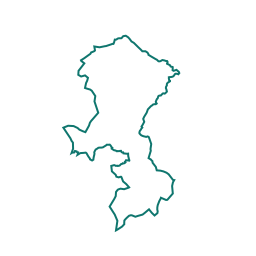 outline of Kafur, Katsina, Nigeria, rotated 320°
{"feature_id": "59680162B10083289652159", "entity_name": "Kafur", "entity_type": "district", "adm_level": 2, "iso_a3": "NGA", "parent_name": "Nigeria", "parent_adm1": "Katsina", "projection": "orthographic", "projection_center": [7.693, 11.624], "detail": "fine", "context": "isolated", "style": "outline", "palette": "teal", "viewbox_px": 256, "rotation_deg": 320, "n_neighbors": 0, "source": "geoboundaries", "source_scale": "gbopen_adm2", "svg_char_len": 4503}
<svg xmlns="http://www.w3.org/2000/svg" viewBox="0 0 256 256"><g transform="rotate(320 128 128)"><path d="M129.9,197.6L129.1,196.7L129.1,196.3L129.4,189.5L129.2,188.8L128.8,187.1L127.8,185.1L127.1,183.8L126.7,183.3L125.5,181.6L122.8,178.9L124.3,175.7L124.5,170.5L125.4,169.0L125.2,167.7L125.3,166.9L125.1,166.4L124.8,165.5L124.4,164.3L130.8,160.1L131.7,158.6L135.5,155.2L137.5,150.0L137.6,149.8L138.1,148.0L137.5,147.0L136.2,146.5L135.5,145.5L134.8,144.6L134.0,143.3L133.4,141.9L133.3,140.0L133.3,139.5L134.0,138.6L135.3,137.8L136.9,137.5L138.0,137.0L139.2,136.9L139.3,135.6L141.5,134.9L144.4,133.7L145.5,130.8L147.6,129.8L152.1,128.3L155.2,126.5L159.6,126.0L161.1,126.2L162.2,126.1L163.3,126.6L163.9,127.0L164.5,127.6L165.7,127.7L165.8,127.2L165.8,126.5L166.1,125.8L167.3,125.1L168.7,124.4L169.7,124.4L170.7,123.7L171.6,123.2L172.0,123.1L172.8,123.3L174.0,124.2L176.8,123.9L177.6,124.4L177.9,125.0L178.2,125.2L178.3,125.3L179.5,125.3L180.9,125.2L181.4,124.9L181.7,124.0L182.2,123.2L182.4,122.5L182.7,121.7L183.8,120.8L185.1,120.4L185.4,120.1L185.9,119.4L186.6,119.0L187.3,118.9L188.3,118.9L189.2,119.1L190.2,119.2L190.5,118.8L190.1,118.3L190.2,117.8L190.6,117.3L190.9,116.8L191.2,116.2L191.6,115.8L191.9,115.4L192.2,115.6L192.5,115.7L192.9,116.0L193.5,116.5L194.8,117.2L195.8,117.5L197.0,117.4L198.4,116.9L199.3,117.0L199.9,117.5L200.7,118.4L201.1,119.2L202.6,118.9L203.0,117.6L202.5,114.6L199.7,113.5L199.3,112.4L201.1,110.5L201.4,109.9L201.0,109.5L200.2,108.3L200.5,106.8L199.9,105.4L199.2,104.0L199.5,103.5L200.2,103.4L200.8,102.8L201.0,101.9L200.4,101.3L199.9,100.7L199.5,99.9L198.1,98.1L197.4,97.9L196.0,97.7L195.3,97.4L194.4,96.7L194.2,96.3L194.0,94.2L193.5,93.1L191.9,88.6L191.3,86.8L190.7,85.1L191.2,84.3L191.4,82.7L190.7,80.4L188.3,78.4L188.2,76.2L187.8,72.9L187.2,66.5L186.3,64.0L186.5,60.7L186.4,58.5L185.6,55.9L183.4,54.6L181.9,54.8L181.0,55.0L180.5,54.9L178.9,53.6L178.5,53.3L178.0,53.0L176.9,52.8L176.1,52.8L175.3,52.4L174.7,51.8L174.3,52.1L173.3,52.8L172.2,53.6L170.9,54.2L170.3,53.6L169.1,53.2L163.8,51.1L162.9,50.5L158.1,47.9L154.6,43.9L152.6,47.3L151.8,47.5L149.6,46.9L148.4,46.4L146.8,47.0L144.6,46.8L139.2,46.4L135.5,45.9L135.4,46.2L135.3,46.5L136.1,50.4L126.9,52.4L124.1,55.3L124.5,56.5L125.2,58.4L126.7,59.1L128.9,60.1L129.6,63.8L127.2,65.5L124.8,66.6L120.8,69.7L121.5,70.9L123.7,74.2L124.2,76.2L123.5,82.5L119.4,86.1L115.0,97.2L107.0,98.5L104.3,98.9L102.2,99.5L99.7,101.1L96.1,102.5L92.7,103.8L91.3,101.4L89.7,98.0L89.4,95.6L87.6,91.6L83.6,87.8L78.7,86.2L78.2,90.5L77.3,98.8L76.5,101.6L76.5,102.2L76.4,103.8L72.6,108.6L68.7,110.9L69.4,111.0L70.0,111.4L70.7,111.9L71.2,112.2L72.6,111.5L73.6,112.9L73.5,113.1L73.5,113.3L73.5,113.7L73.4,113.7L73.4,113.9L73.6,114.1L74.1,114.6L73.6,115.1L73.3,115.4L72.1,116.1L74.9,116.5L75.5,116.7L76.5,117.4L77.4,118.1L79.8,119.7L80.0,120.7L79.4,123.8L79.3,124.7L79.2,125.9L79.2,126.3L79.1,127.1L79.0,127.3L78.8,127.7L79.6,129.8L81.1,130.0L81.9,129.2L83.6,127.8L84.9,126.9L85.9,126.0L86.4,125.1L87.1,124.6L89.4,123.7L91.0,124.0L92.6,124.1L93.7,124.8L95.1,126.0L96.4,126.7L97.9,126.9L99.8,127.2L101.1,127.2L101.9,128.0L103.3,129.0L103.4,130.0L103.3,131.2L103.1,131.6L103.1,132.4L103.3,133.0L103.1,133.1L102.5,133.1L102.2,133.3L102.5,134.2L102.7,135.0L103.1,136.2L103.5,136.6L103.9,137.1L104.2,137.8L104.5,138.2L104.6,138.8L105.4,139.1L105.9,139.7L106.4,140.1L107.0,140.3L107.4,140.5L107.6,141.1L107.9,141.2L107.6,141.9L107.7,142.7L108.3,143.4L108.6,143.6L108.2,144.5L110.8,147.2L111.6,147.7L110.1,149.7L109.9,150.1L109.6,150.8L109.2,151.5L108.7,152.5L108.3,153.6L108.0,153.8L107.1,152.8L106.2,151.8L105.7,151.4L104.7,151.9L104.4,152.0L104.0,151.9L103.9,152.2L103.9,152.7L102.9,152.7L101.9,152.4L101.3,151.6L100.4,151.7L99.5,151.2L98.5,151.3L97.5,151.4L96.8,151.1L95.7,150.5L95.5,149.9L94.4,149.3L93.9,148.1L93.5,147.5L91.7,146.7L90.8,146.3L87.8,150.9L88.5,155.9L87.8,157.8L89.1,159.8L90.5,160.4L91.3,160.8L91.4,161.0L91.4,161.4L89.9,165.8L90.6,169.8L90.7,174.2L90.1,174.1L85.7,172.4L84.9,171.5L83.3,169.7L81.9,169.1L80.5,168.7L77.7,169.3L74.8,172.3L71.9,173.5L63.4,176.4L62.2,185.8L60.2,192.3L53.0,198.7L54.4,199.0L60.0,199.7L63.3,199.3L63.9,198.5L65.8,196.5L67.5,196.2L69.6,196.0L72.4,195.9L74.2,196.7L74.9,197.5L75.6,198.8L76.6,200.7L79.3,201.8L83.5,203.7L86.1,203.8L91.8,203.8L91.7,208.3L92.1,212.1L95.8,212.1L97.2,210.9L98.0,209.3L99.5,207.6L101.2,206.2L105.0,204.1L107.8,203.0L108.4,202.6L110.9,207.6L112.0,208.3L120.2,207.0L124.5,200.8L127.4,198.6L127.6,198.5L127.8,198.4L129.9,197.6Z" fill="none" stroke="#0f766e" stroke-width="2"/></g></svg>